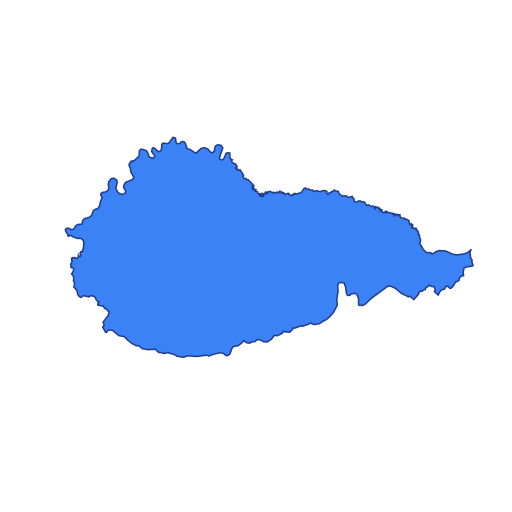 Valencia, Córdoba, Colombia, rotated 227°
{"feature_id": "7082276B67113151062555", "entity_name": "Valencia", "entity_type": "district", "adm_level": 2, "iso_a3": "COL", "parent_name": "Colombia", "parent_adm1": "Córdoba", "projection": "orthographic", "projection_center": [-76.176, 8.204], "detail": "fine", "context": "isolated", "style": "filled", "palette": "blue", "viewbox_px": 512, "rotation_deg": 227, "n_neighbors": 0, "source": "geoboundaries", "source_scale": "gbopen_adm2", "svg_char_len": 6159}
<svg xmlns="http://www.w3.org/2000/svg" viewBox="0 0 512 512"><g transform="rotate(227 256 256)"><path d="M122.1,339.7L122.2,340.6L121.6,341.0L116.5,341.7L117.1,348.5L118.4,350.9L117.8,352.7L116.9,353.5L117.0,355.4L116.1,356.7L116.8,358.2L116.4,362.9L114.4,363.4L111.9,365.3L109.2,364.2L108.2,362.2L103.1,362.6L104.5,365.9L104.5,368.9L103.3,371.2L104.1,374.2L103.2,375.6L100.1,375.8L99.3,377.1L99.6,380.1L100.8,383.9L99.6,387.8L101.1,389.5L101.3,391.0L101.3,392.5L100.0,394.4L102.7,396.4L105.1,399.5L105.0,401.7L100.9,407.5L101.3,408.5L104.8,410.0L105.2,411.0L108.6,411.9L113.1,415.3L114.0,418.0L114.1,413.3L115.7,409.5L119.5,404.0L123.1,401.1L130.4,398.1L135.1,393.6L136.3,390.8L137.3,386.1L139.6,385.8L142.3,382.9L147.4,382.8L149.4,383.6L153.1,384.1L155.7,387.5L158.6,388.6L159.8,389.9L160.9,389.4L162.6,391.1L163.6,390.9L164.4,391.5L166.0,390.9L166.0,391.5L167.3,392.0L168.4,390.2L169.6,390.2L169.9,389.4L170.9,390.4L171.4,390.3L171.2,389.9L172.0,390.1L171.7,391.8L173.8,391.5L174.3,389.8L177.5,392.0L180.0,391.3L181.2,390.0L182.2,390.4L185.1,388.0L186.6,388.5L187.4,388.2L187.9,389.4L189.6,388.0L189.0,387.3L191.2,387.0L191.2,384.7L192.6,385.8L193.1,384.9L193.4,385.4L197.8,382.3L199.4,382.0L199.3,381.3L199.9,381.2L199.4,380.9L200.1,380.6L199.8,380.0L201.2,378.6L202.5,378.8L202.7,378.3L203.8,378.8L204.1,378.2L204.2,379.3L204.9,378.6L206.1,378.9L206.1,378.1L207.4,378.2L207.8,378.8L209.3,377.5L209.4,376.6L210.2,377.0L210.0,376.3L210.7,376.1L210.1,375.4L212.5,375.9L213.7,374.1L216.7,373.2L217.5,371.4L221.8,372.1L223.0,370.5L225.0,369.9L226.3,368.6L226.7,366.5L228.0,365.3L229.4,365.4L231.4,366.9L232.8,366.3L234.0,367.0L235.9,363.3L238.4,363.1L241.2,360.0L244.1,359.2L247.3,360.2L249.5,358.4L250.9,358.3L250.8,355.9L251.7,355.1L251.2,353.8L252.3,352.6L252.0,350.7L253.9,350.6L254.9,351.9L256.1,351.5L257.9,350.1L259.1,347.1L260.8,345.6L262.5,345.0L263.6,342.5L264.4,342.1L265.4,342.5L267.4,340.5L269.2,340.2L270.2,338.7L272.1,338.6L272.6,337.0L271.6,332.9L273.2,328.5L274.7,327.6L274.8,326.7L275.6,326.6L275.2,325.5L276.1,324.7L275.4,323.9L277.2,322.2L278.5,322.8L279.1,322.1L280.0,322.3L281.4,319.0L282.9,319.5L283.7,319.0L283.7,318.3L285.0,318.7L285.1,317.7L287.1,317.8L286.8,316.7L287.7,315.9L287.1,315.1L288.6,314.6L289.3,312.2L290.8,312.2L291.0,311.3L293.7,310.3L294.8,308.6L293.8,306.5L294.3,306.3L295.2,307.3L296.3,306.7L295.6,304.5L297.2,303.5L294.8,303.0L294.8,302.4L295.1,301.1L296.2,301.9L297.1,301.7L296.5,300.3L296.9,299.8L297.8,299.9L298.6,301.7L299.9,300.1L302.1,301.0L304.0,299.5L304.7,301.2L306.8,299.2L306.7,300.3L308.5,300.0L309.5,300.7L309.5,301.2L308.2,301.4L309.2,302.5L317.1,302.3L317.8,301.4L319.3,301.7L320.9,300.0L322.6,300.6L323.6,302.0L324.5,301.8L325.4,302.5L330.8,303.2L329.5,302.4L330.2,302.5L330.7,301.3L332.7,300.9L332.6,301.4L333.5,300.8L334.4,301.4L333.8,302.3L334.5,303.3L337.2,303.8L339.2,302.7L341.5,302.5L342.1,302.8L342.5,304.3L343.7,303.7L345.9,304.1L349.2,307.1L351.0,305.5L351.5,303.9L349.6,300.3L349.0,297.6L350.0,296.0L351.3,295.5L353.0,296.6L357.6,305.3L360.5,305.9L362.5,304.8L363.7,303.3L364.0,300.9L361.1,296.9L361.3,294.5L362.6,293.6L367.2,293.7L370.2,292.3L372.2,289.2L372.1,283.2L372.9,281.7L377.7,280.8L382.0,278.9L386.0,281.0L388.0,281.4L390.0,280.3L390.5,279.0L390.2,276.7L391.6,275.2L393.4,274.9L397.2,277.5L399.4,276.2L398.1,269.7L398.3,268.1L401.9,265.1L402.1,263.4L398.5,259.7L398.1,256.9L399.3,255.6L403.5,255.5L405.1,254.8L405.6,253.8L403.7,251.0L398.3,250.2L397.5,249.3L397.7,247.7L399.7,246.0L401.8,245.5L405.0,247.1L407.6,247.6L411.3,245.9L412.7,244.4L412.5,242.4L409.3,239.2L408.8,237.8L408.8,232.1L410.4,229.4L409.8,229.3L410.4,228.9L410.0,226.6L409.1,225.1L406.1,224.0L402.8,221.8L396.7,220.2L396.1,217.8L398.7,211.1L398.5,209.3L397.7,207.3L396.2,205.8L392.4,205.1L391.4,203.6L391.4,201.7L392.5,200.1L395.0,198.7L396.9,198.5L400.9,199.4L404.4,204.5L406.4,205.9L409.9,205.2L411.3,202.7L410.8,199.0L408.7,196.4L406.2,194.9L405.0,192.8L405.2,190.0L407.2,187.2L407.5,185.2L406.5,184.0L403.3,183.1L402.2,179.9L399.3,175.6L398.6,172.7L399.8,170.3L400.2,168.1L397.8,163.6L398.1,160.1L400.4,155.8L400.1,153.4L398.0,150.4L400.4,147.5L400.9,145.9L401.0,144.3L399.8,140.9L401.2,138.9L403.9,138.0L405.3,136.8L405.4,134.6L403.6,133.6L399.5,133.0L398.9,132.1L398.1,132.7L397.8,134.4L394.5,135.4L390.2,137.7L388.6,139.8L385.8,140.4L383.3,139.3L379.0,134.6L378.9,133.4L377.4,132.0L378.7,130.6L378.1,129.2L375.7,128.4L375.4,127.4L376.3,126.5L377.8,126.8L376.5,125.3L376.2,123.2L378.7,122.4L379.1,120.5L380.0,120.6L380.1,120.0L379.0,118.5L377.3,117.8L376.4,114.7L374.5,114.1L374.4,113.3L373.5,112.8L372.9,113.8L371.2,114.2L369.5,112.0L368.5,108.7L366.3,108.9L363.6,107.2L362.5,105.6L360.1,105.0L357.2,101.4L355.7,101.8L352.6,101.3L349.1,99.3L346.9,99.1L345.2,99.6L344.6,102.8L340.0,106.0L339.7,108.2L336.6,110.1L334.9,110.1L333.3,109.3L330.3,109.3L329.4,109.9L329.2,107.9L327.9,106.8L323.6,110.0L320.5,109.6L319.3,110.9L318.1,110.2L315.2,110.4L313.3,107.3L311.9,99.0L309.1,98.0L308.5,95.4L303.1,94.0L302.2,94.3L302.6,97.5L299.8,100.3L291.3,101.4L286.8,104.7L282.0,104.8L276.5,105.7L272.0,107.2L270.5,109.0L265.5,109.7L263.6,111.6L261.6,112.6L256.3,118.9L251.7,119.0L250.9,120.2L247.2,122.4L245.8,125.3L240.0,128.9L236.5,130.0L234.3,131.5L231.0,134.3L230.7,136.0L228.7,138.9L223.6,143.4L216.9,152.5L214.9,153.4L212.8,158.6L209.4,164.2L206.8,165.8L204.0,166.0L202.3,167.5L202.2,170.2L204.8,175.3L205.3,177.6L202.6,181.7L202.1,186.2L202.4,189.4L199.3,189.9L197.9,190.7L196.4,192.3L196.1,194.2L194.0,197.2L194.2,199.4L193.6,200.4L190.8,202.4L188.2,203.0L185.4,205.7L184.6,210.7L185.4,214.8L184.8,216.1L183.3,216.9L182.0,220.8L181.6,222.4L182.2,224.4L177.3,228.5L177.4,232.7L178.0,234.2L176.6,235.5L174.6,240.5L172.9,242.2L170.4,247.6L170.0,250.0L166.3,251.6L163.2,256.3L162.8,259.6L161.6,263.8L161.3,269.0L161.9,274.2L163.8,279.8L164.7,282.0L169.7,286.0L174.1,291.8L178.6,295.6L179.7,297.7L179.7,299.1L176.3,302.1L171.9,300.2L167.2,296.8L164.9,296.0L163.2,297.7L163.3,299.3L161.9,302.1L160.8,303.2L158.3,303.3L154.8,301.8L150.3,297.7L149.5,297.8L147.1,300.4L146.3,303.2L146.4,311.1L144.0,331.9L142.0,334.0L136.8,336.0L129.7,336.8L122.1,339.7Z" fill="#3b82f6" stroke="#1e3a8a" stroke-width="1.5"/></g></svg>